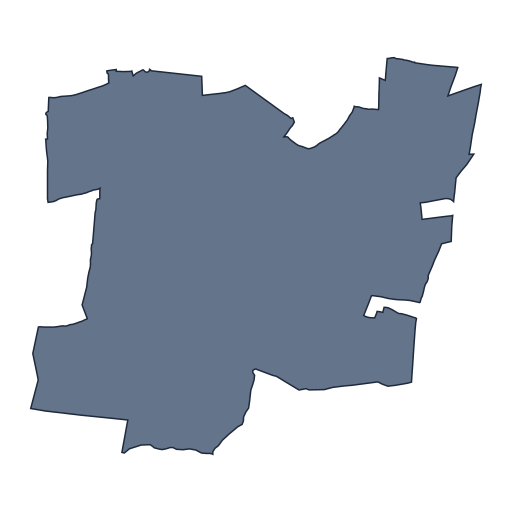 Plesoi, Dolj, Romania (orthographic projection)
{"feature_id": "2599482B69646126792007", "entity_name": "Plesoi", "entity_type": "district", "adm_level": 2, "iso_a3": "ROU", "parent_name": "Romania", "parent_adm1": "Dolj", "projection": "orthographic", "projection_center": [23.536, 44.344], "detail": "fine", "context": "isolated", "style": "filled", "palette": "slate", "viewbox_px": 512, "rotation_deg": 0, "n_neighbors": 0, "source": "geoboundaries", "source_scale": "gbopen_adm2", "svg_char_len": 5862}
<svg xmlns="http://www.w3.org/2000/svg" viewBox="0 0 512 512"><path d="M411.5,382.1L412.0,374.0L412.6,365.9L413.3,354.9L415.0,330.7L415.8,322.1L416.5,318.5L415.4,317.8L413.7,317.4L410.8,316.4L407.5,315.3L406.1,314.9L403.8,314.3L401.8,313.8L400.9,313.6L399.7,313.6L399.1,313.5L398.1,313.2L394.9,311.3L393.6,310.5L391.6,309.4L389.7,308.5L388.5,307.9L387.2,307.6L385.9,307.4L384.1,307.3L382.8,312.4L379.7,311.7L377.5,311.4L377.1,311.4L376.5,313.5L375.6,315.6L374.7,317.9L370.4,317.7L367.6,317.2L365.2,316.3L363.7,315.5L368.4,303.8L371.5,295.7L373.5,295.7L376.1,296.1L380.8,296.7L388.9,298.6L391.9,299.0L394.6,299.4L398.0,299.7L400.0,299.8L402.7,299.9L405.4,300.0L410.0,300.5L414.8,301.5L419.7,302.6L420.1,302.2L420.4,301.2L421.0,298.9L421.4,297.7L422.1,296.6L422.3,296.2L422.6,294.8L423.5,291.6L424.2,288.2L424.8,286.0L425.2,284.7L425.8,283.7L426.8,282.3L427.3,281.1L427.8,279.8L428.2,278.6L428.3,277.3L428.0,276.2L428.9,273.8L432.4,265.8L434.3,260.7L438.8,251.0L441.6,243.8L451.2,241.4L451.8,225.8L452.4,219.2L452.7,215.4L451.6,215.8L448.3,216.1L441.6,216.9L433.7,217.9L424.2,219.1L422.1,219.4L422.0,218.8L421.8,216.4L421.3,211.5L420.8,206.8L420.3,203.5L420.2,202.9L425.7,202.3L427.3,202.0L431.2,201.2L443.5,198.9L444.9,198.6L447.5,198.6L449.3,198.9L450.7,199.4L452.8,200.8L453.6,201.6L454.3,194.6L454.5,194.0L454.8,191.0L455.3,185.7L456.1,177.8L461.3,170.9L466.8,164.5L471.1,158.1L473.8,154.1L469.1,154.3L470.3,147.8L472.2,134.8L474.8,122.4L475.9,115.6L477.2,108.7L478.4,102.6L479.4,96.5L480.1,92.6L480.6,88.1L481.3,84.4L474.0,86.7L447.9,95.9L450.9,86.9L455.3,75.2L457.8,67.5L457.5,67.4L432.7,65.3L427.7,64.7L417.7,63.2L414.8,62.8L414.6,62.2L414.4,62.3L414.1,62.3L413.4,62.3L412.9,62.1L412.4,61.9L409.3,60.9L407.9,60.6L407.3,60.4L406.1,60.2L405.5,60.1L405.0,60.2L404.4,60.1L403.3,59.6L402.0,59.3L400.1,59.1L398.5,58.8L396.7,58.8L395.5,58.3L394.3,57.7L393.0,57.7L391.9,57.8L390.7,58.0L390.1,58.3L388.9,58.3L388.2,58.5L387.9,58.5L387.2,58.5L387.2,58.8L387.0,60.3L386.7,63.7L386.4,67.1L385.8,73.8L385.6,77.1L385.2,80.4L384.8,80.2L382.9,79.4L380.6,78.4L379.4,77.9L379.4,80.2L379.3,84.1L379.2,88.5L379.0,91.6L378.9,96.1L378.8,102.4L378.7,106.8L378.5,109.6L378.4,109.6L376.1,109.4L373.7,109.2L372.0,109.0L370.2,109.2L368.9,109.3L367.6,109.0L366.1,108.7L365.4,108.7L363.6,108.5L362.6,108.2L361.6,107.9L359.4,107.1L358.3,106.9L357.3,106.8L356.3,106.8L355.2,106.6L354.2,106.3L354.2,107.0L353.8,107.9L352.4,111.8L351.3,113.4L349.4,115.9L348.6,117.6L347.2,120.2L345.8,121.9L344.1,124.3L342.9,125.7L340.9,128.3L340.2,129.0L339.8,129.5L339.1,130.5L338.6,131.3L337.5,132.5L337.0,133.0L336.5,133.3L336.2,133.6L335.6,134.1L335.1,134.4L334.6,134.6L334.2,134.7L333.1,135.7L332.1,136.2L329.5,137.9L328.3,138.6L326.6,139.5L324.7,140.5L323.2,141.3L321.3,142.3L319.6,143.2L318.9,143.7L318.0,144.4L317.0,145.3L315.8,146.1L314.7,146.8L313.4,147.3L311.8,147.9L310.4,148.4L309.5,148.7L308.3,148.6L307.4,148.5L306.8,148.3L303.7,147.1L302.1,146.5L301.1,146.3L298.1,145.3L296.2,144.1L293.0,141.7L291.5,140.6L289.8,139.2L288.8,138.2L288.1,137.3L287.6,137.0L286.5,136.7L285.5,136.7L284.5,136.9L283.8,136.9L284.1,136.4L284.6,135.9L286.6,133.4L288.0,131.4L289.5,129.0L290.9,127.2L291.8,126.3L292.4,125.6L293.3,124.0L293.9,123.0L294.3,122.3L294.3,122.1L292.8,117.8L290.9,118.4L287.6,115.5L284.0,113.5L245.3,85.4L237.2,88.9L229.6,91.8L225.4,92.7L222.7,93.0L220.2,93.4L211.0,94.4L202.4,95.4L201.7,76.3L151.4,70.8L150.0,69.5L149.6,69.3L149.5,70.5L148.3,71.8L146.8,72.2L145.4,71.9L143.3,69.9L142.3,70.0L140.5,71.1L138.5,72.0L136.1,73.4L134.7,74.6L133.2,75.9L133.1,75.7L131.8,71.1L131.7,71.2L130.5,71.4L127.3,71.5L123.1,71.6L120.9,71.5L119.8,71.4L118.2,71.4L116.9,71.3L116.2,71.3L116.2,69.5L111.7,70.1L110.9,70.2L106.8,70.9L107.0,72.6L107.3,73.4L107.7,73.5L108.1,73.7L108.4,74.4L108.5,75.6L108.5,78.5L108.6,80.7L108.6,81.0L108.8,83.0L105.1,84.8L102.0,86.1L98.1,87.3L92.8,89.1L88.6,90.4L84.9,91.7L80.1,93.3L75.7,94.7L72.3,95.5L69.9,95.8L66.0,96.1L62.9,96.3L61.1,96.4L58.6,97.0L56.2,97.5L54.3,97.7L52.9,97.7L51.2,97.5L49.5,97.4L48.9,97.4L48.8,97.8L48.2,111.5L47.2,111.9L46.3,112.6L45.8,113.5L45.8,114.1L46.2,114.8L47.0,115.1L47.3,116.4L47.6,120.9L47.8,127.9L47.2,133.6L47.5,139.0L47.0,139.1L45.6,139.2L45.8,140.0L46.2,147.1L46.6,151.5L47.3,156.8L47.8,161.1L47.5,170.8L47.5,180.4L47.5,198.9L48.1,202.4L53.3,201.6L56.2,200.5L58.7,199.0L62.8,197.7L66.5,197.0L70.9,196.1L74.1,195.4L78.0,194.6L81.3,194.2L83.5,193.5L86.3,192.8L89.1,191.6L91.9,190.7L93.7,189.9L95.1,189.8L98.2,189.2L100.0,188.1L99.8,191.9L99.8,195.7L99.8,198.7L98.5,198.8L97.8,199.0L97.2,199.3L96.9,199.8L96.7,200.4L96.6,201.4L96.6,201.7L96.3,202.4L96.0,207.3L95.9,209.5L95.1,212.9L94.4,221.8L93.3,235.1L92.6,243.5L91.6,244.7L91.5,246.1L91.2,248.9L91.5,253.1L91.3,255.7L90.8,257.9L90.5,259.0L90.4,260.3L90.5,263.7L90.3,266.8L88.8,272.5L87.6,278.9L86.7,287.1L82.1,305.0L87.3,318.6L86.9,319.0L84.6,319.9L81.8,321.3L79.7,321.9L78.8,322.3L74.2,323.9L72.0,324.5L70.7,324.5L70.2,324.6L66.4,326.0L65.1,326.1L63.5,325.9L62.4,325.9L60.2,326.2L57.0,326.7L53.8,327.1L50.4,327.1L47.1,327.1L44.1,327.0L42.6,327.0L40.9,326.8L39.3,326.8L38.4,327.0L32.8,353.5L37.2,374.7L38.2,380.0L30.7,408.5L45.4,411.0L81.3,415.2L111.9,418.3L127.8,420.0L121.9,452.4L124.3,453.0L129.4,448.8L141.4,445.0L150.3,444.7L154.5,447.9L159.2,449.1L162.2,449.6L166.5,448.7L170.3,447.5L173.1,447.6L176.5,449.3L183.1,449.7L189.4,448.9L195.7,450.0L201.4,453.0L205.5,453.4L210.9,453.5L212.8,454.3L212.8,451.7L215.0,448.3L218.4,445.7L222.4,440.2L229.1,434.0L237.6,426.9L242.2,424.3L243.4,420.9L243.6,416.9L246.0,411.8L248.6,408.1L249.6,401.2L250.8,390.2L252.7,384.6L254.1,379.8L254.6,375.2L253.1,373.1L252.7,371.4L252.9,370.3L254.8,369.2L255.7,369.0L272.5,375.3L276.4,376.3L299.0,390.0L306.0,388.7L309.1,389.9L324.3,389.6L332.6,387.4L344.5,385.9L351.9,385.3L377.8,381.9L382.2,384.1L387.9,386.2L395.4,385.3L407.6,383.2L411.5,382.1Z" fill="#64748b" stroke="#1e293b" stroke-width="1.5"/></svg>